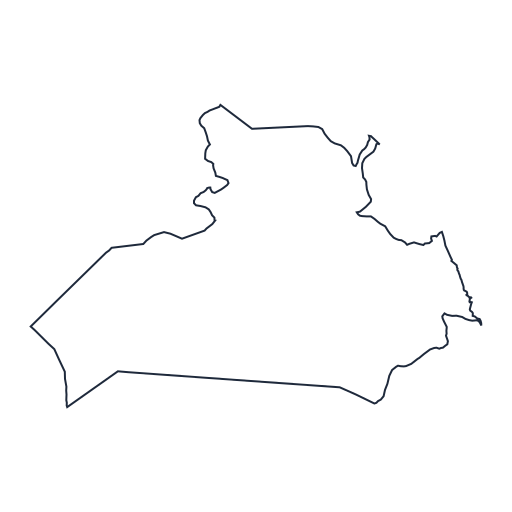 outline of San Juan Juquila Vijanos, Oaxaca, Mexico
{"feature_id": "50627088B54668599036443", "entity_name": "San Juan Juquila Vijanos", "entity_type": "district", "adm_level": 2, "iso_a3": "MEX", "parent_name": "Mexico", "parent_adm1": "Oaxaca", "projection": "orthographic", "projection_center": [-96.282, 17.33], "detail": "fine", "context": "isolated", "style": "outline", "palette": "slate", "viewbox_px": 512, "rotation_deg": 0, "n_neighbors": 0, "source": "geoboundaries", "source_scale": "gbopen_adm2", "svg_char_len": 3580}
<svg xmlns="http://www.w3.org/2000/svg" viewBox="0 0 512 512"><path d="M220.4,104.9L219.3,106.8L209.6,110.5L207.5,111.9L204.9,113.1L202.9,115.0L200.4,118.1L199.5,120.1L199.8,123.2L201.3,125.7L204.2,128.2L205.7,132.3L207.0,136.3L207.9,140.6L209.9,144.5L207.9,146.5L205.8,150.2L205.3,153.3L205.1,158.8L208.0,161.0L211.3,162.1L213.3,163.9L213.1,165.4L213.6,168.4L215.3,172.6L215.9,175.9L219.4,176.9L222.7,178.0L224.6,178.9L227.4,180.1L228.5,183.1L227.2,185.0L223.4,187.9L220.9,189.6L214.7,192.9L212.2,192.1L210.5,189.2L210.3,187.5L209.3,187.5L207.2,188.1L207.1,188.4L206.9,188.8L205.7,190.3L203.6,192.0L200.6,193.2L198.4,195.9L195.9,197.2L194.0,200.7L194.0,203.2L196.0,205.3L200.4,206.0L205.5,207.3L208.8,209.4L210.6,212.1L212.1,215.3L214.4,217.6L214.6,220.8L214.9,220.8L212.3,224.1L206.5,228.5L204.6,230.6L182.0,238.7L176.7,236.4L170.4,233.7L164.4,232.2L164.0,232.1L154.2,235.1L151.2,237.0L146.4,240.6L143.3,244.0L111.6,247.8L109.1,250.5L106.0,252.7L56.0,301.6L30.7,326.5L34.7,330.1L48.5,343.8L54.3,349.1L58.8,359.0L64.8,371.7L65.0,378.9L66.4,386.7L66.2,390.6L66.5,394.5L66.3,400.2L66.8,402.7L66.7,405.5L67.2,407.1L117.9,371.3L128.3,372.2L250.6,381.0L339.7,387.3L355.9,394.5L374.4,403.5L376.4,402.8L378.0,401.1L380.8,399.6L383.6,396.2L385.0,389.9L387.4,383.8L389.3,375.8L392.1,370.0L396.1,366.8L398.0,365.7L400.5,366.2L403.8,366.4L406.0,366.1L411.2,363.9L417.6,358.9L419.3,357.9L421.8,355.8L424.1,353.9L428.7,350.5L430.0,349.5L434.1,348.0L436.4,347.7L439.3,348.7L440.9,348.0L442.9,347.7L445.3,345.7L447.3,344.3L447.9,341.2L447.2,339.1L446.0,335.7L446.6,333.7L446.4,330.8L446.7,327.8L446.7,326.8L444.0,321.5L442.6,318.3L442.3,316.3L444.5,313.4L447.0,314.8L452.2,315.9L456.5,315.7L462.2,317.0L465.4,318.9L469.1,320.1L472.3,320.7L476.4,320.3L478.3,320.8L479.4,321.9L480.3,323.4L481.3,325.5L481.2,323.1L480.9,321.9L480.6,320.8L479.6,319.0L477.3,318.5L474.7,316.4L472.7,315.9L472.8,314.2L472.8,313.1L472.1,312.0L470.2,310.6L469.8,309.3L471.2,303.9L471.8,302.3L470.7,302.0L469.7,302.2L469.4,301.3L469.8,299.8L469.7,298.8L471.3,297.7L471.1,297.4L469.3,297.2L468.2,296.3L467.7,295.6L466.6,295.3L466.4,294.9L467.2,294.2L467.2,293.0L466.7,291.7L464.8,290.7L464.4,290.6L463.8,289.9L463.7,289.2L463.6,288.8L463.6,287.2L463.4,286.0L462.7,284.1L462.5,283.3L462.2,282.8L461.4,279.8L460.7,278.7L460.0,276.5L459.6,274.8L459.0,273.6L458.3,271.2L457.5,270.4L457.3,269.1L457.6,268.6L456.9,267.2L456.7,265.3L451.4,260.9L451.9,259.8L450.4,256.7L447.8,250.8L445.4,245.6L444.4,240.5L443.3,236.2L441.9,231.9L439.7,232.9L436.6,236.5L435.1,235.9L431.4,236.4L431.1,238.5L431.9,240.9L429.2,243.1L424.9,243.5L423.4,245.0L419.5,244.1L416.5,243.2L414.0,242.4L409.4,243.8L407.1,244.8L405.0,242.4L401.4,240.2L398.6,239.9L396.0,238.9L393.7,237.7L390.2,234.0L387.8,230.6L385.2,226.3L380.3,223.7L377.7,221.7L374.5,218.9L370.9,216.4L366.6,216.4L362.0,216.1L359.9,215.7L358.1,214.3L356.8,212.3L358.4,212.0L360.0,211.6L365.9,206.8L370.8,201.7L371.1,199.1L368.7,194.9L366.9,189.3L366.4,184.7L366.3,181.9L365.1,179.5L363.2,177.5L362.8,173.7L362.0,168.1L362.3,163.2L364.4,158.9L366.3,157.0L373.4,151.7L375.2,148.5L376.4,144.2L377.6,143.5L379.7,144.4L373.8,138.8L372.8,137.9L371.7,136.9L371.1,136.2L369.0,135.8L369.4,136.9L369.6,139.5L367.9,142.1L367.2,144.9L365.7,147.5L364.2,149.1L362.3,150.5L359.7,154.5L359.1,156.6L357.9,160.7L357.5,162.8L356.7,164.0L355.7,166.0L353.6,165.5L352.1,163.0L351.6,159.9L351.0,156.2L347.2,151.1L344.2,147.8L340.9,145.3L334.7,143.4L330.8,141.2L327.7,137.7L324.6,133.7L322.2,129.1L318.4,127.0L313.1,126.4L307.8,126.1L252.0,128.8L220.4,104.9Z" fill="none" stroke="#1e293b" stroke-width="2"/></svg>